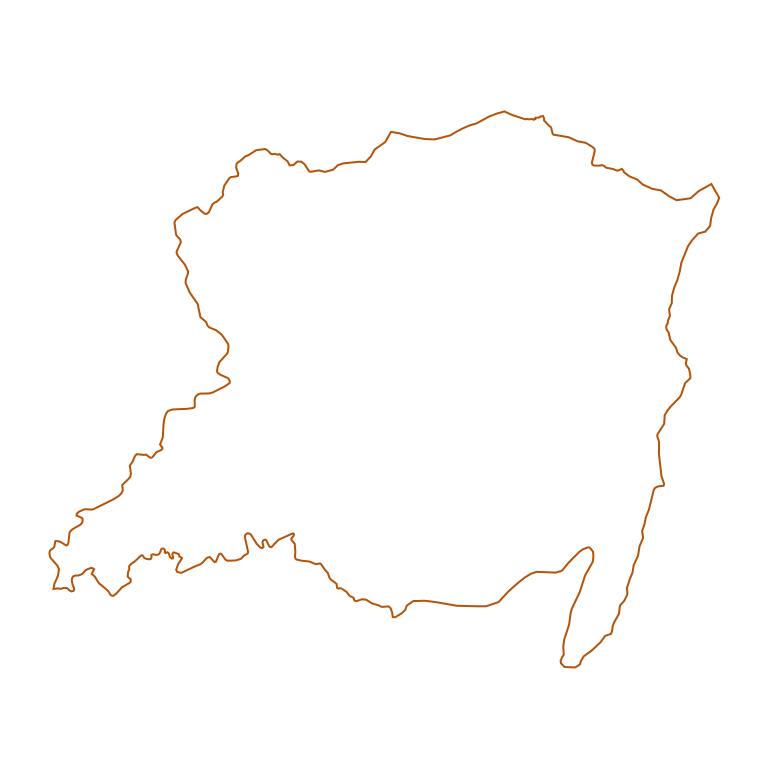 Berik, Maekel, Eritrea (Mercator projection), rotated 272°
{"feature_id": "51966322B44125494570979", "entity_name": "Berik", "entity_type": "district", "adm_level": 2, "iso_a3": "ERI", "parent_name": "Eritrea", "parent_adm1": "Maekel", "projection": "mercator", "projection_center": [38.812, 15.386], "detail": "fine", "context": "isolated", "style": "outline", "palette": "amber", "viewbox_px": 768, "rotation_deg": 272, "n_neighbors": 0, "source": "geoboundaries", "source_scale": "gbopen_adm2", "svg_char_len": 6112}
<svg xmlns="http://www.w3.org/2000/svg" viewBox="0 0 768 768"><g transform="rotate(272 384 384)"><path d="M636.2,382.2L625.8,376.8L618.0,366.5L611.0,362.9L605.2,357.9L605.2,351.3L603.1,335.7L601.1,330.3L596.4,325.7L593.9,317.6L595.2,311.5L593.6,303.7L593.7,302.0L601.2,296.6L603.3,293.6L603.3,289.7L599.6,285.7L599.2,282.0L603.0,280.0L606.9,274.7L610.1,271.7L609.5,270.2L610.2,266.6L609.7,264.7L610.2,262.8L613.5,259.4L614.7,256.9L613.2,248.1L608.1,240.7L606.4,237.1L602.9,233.7L600.0,229.8L598.9,229.0L594.9,228.7L589.4,231.0L586.9,230.7L586.3,229.1L585.5,223.9L584.4,222.3L576.7,217.5L570.0,216.1L567.4,216.7L565.4,215.6L560.5,210.6L559.3,208.2L557.5,206.2L549.8,203.1L548.5,201.8L547.8,200.8L547.9,198.8L551.1,194.5L554.2,191.6L553.8,189.9L546.9,176.7L540.7,170.1L538.2,168.9L527.1,170.8L525.3,171.3L521.2,175.3L518.6,176.0L509.0,172.1L506.8,172.4L504.6,173.8L496.4,180.8L489.8,184.2L487.8,184.3L481.1,182.2L478.0,182.2L468.9,186.5L457.4,195.0L444.4,198.2L439.7,204.1L436.3,205.5L434.5,207.3L431.8,214.5L427.5,220.2L418.6,226.8L416.2,227.3L410.3,226.8L408.6,225.9L400.2,218.8L395.4,217.2L390.9,216.6L389.6,217.2L387.8,219.6L384.3,228.0L382.0,229.6L380.5,229.8L379.4,229.5L375.7,224.4L369.6,213.2L368.5,209.7L368.0,201.0L367.4,199.0L365.7,196.9L364.0,195.8L361.2,195.3L355.2,195.7L354.1,195.3L353.3,193.9L352.3,187.9L351.2,173.7L349.6,169.2L346.8,167.2L341.6,165.7L336.3,165.1L323.0,164.8L315.6,162.3L312.6,164.8L311.4,164.8L310.3,163.7L307.9,158.9L302.8,155.2L302.1,153.8L302.4,152.5L305.1,148.7L304.8,146.5L305.2,139.3L304.2,138.4L303.0,137.5L298.0,135.7L293.5,132.8L285.8,134.2L282.5,133.7L279.8,131.6L273.9,125.9L268.6,126.7L265.3,125.2L262.7,122.6L259.1,117.2L248.8,98.1L248.3,96.4L248.4,89.1L245.9,83.9L244.4,82.2L243.0,81.3L241.8,81.3L239.7,86.7L238.5,87.5L235.5,87.5L233.1,85.9L228.1,77.9L225.5,75.3L223.8,74.8L214.6,74.2L212.1,73.3L211.5,72.1L214.6,66.8L215.6,64.0L215.5,61.0L209.7,60.2L208.3,59.2L206.7,56.7L205.4,55.9L203.3,55.5L199.5,56.4L198.2,57.2L191.1,63.9L187.5,65.6L181.2,64.9L172.5,61.5L167.6,60.9L168.4,65.1L167.9,67.7L169.1,71.5L168.8,74.6L166.4,77.3L165.8,79.0L166.4,80.9L168.1,81.6L170.6,80.8L171.7,80.0L176.9,78.8L179.2,79.1L180.9,80.1L181.7,81.8L182.0,85.4L183.0,87.8L183.7,89.2L187.3,92.1L188.7,94.4L189.9,97.6L189.8,98.9L188.8,100.8L184.0,98.5L181.4,101.7L174.9,106.1L168.9,113.9L166.9,116.1L164.2,117.6L163.1,119.0L162.8,120.8L165.3,123.9L171.6,129.1L176.3,136.6L177.7,137.8L180.1,137.6L181.5,135.5L182.8,134.5L187.6,134.9L189.9,135.9L192.8,135.6L195.3,137.4L198.1,141.3L204.3,147.3L204.2,148.8L201.8,150.5L200.8,153.0L200.6,155.9L201.0,157.0L202.3,157.6L205.2,157.6L205.7,158.8L205.3,162.5L205.6,164.2L206.7,165.6L211.5,167.4L211.9,169.4L210.8,170.5L209.5,171.0L208.3,170.6L207.4,171.6L208.3,173.5L207.4,174.7L203.6,176.2L202.1,178.0L202.5,179.2L203.6,179.3L206.3,178.4L207.6,178.8L208.4,179.8L206.9,184.7L204.4,185.6L203.5,187.8L202.7,188.2L196.5,184.4L191.0,182.8L188.9,184.0L188.3,187.1L188.5,188.8L194.4,200.0L197.5,206.8L199.0,208.8L203.8,212.8L204.6,214.3L205.0,215.9L200.1,220.8L200.5,222.2L207.3,224.7L208.4,225.4L208.8,226.4L208.2,227.5L202.8,231.8L201.9,233.9L202.5,242.0L204.3,247.1L207.6,250.0L209.8,253.6L211.2,254.1L226.4,250.3L228.2,250.6L229.2,251.4L230.0,252.7L229.8,254.8L229.1,256.1L219.9,262.3L216.4,265.9L215.7,268.0L216.9,269.3L221.3,268.1L223.3,268.6L224.0,269.6L224.3,270.6L223.7,271.9L218.0,274.8L217.3,275.6L217.1,277.3L224.6,283.9L231.5,298.0L231.0,299.2L229.4,299.1L226.0,296.7L224.8,297.1L221.3,300.3L213.1,301.3L208.2,301.0L206.7,301.5L205.6,302.5L204.5,308.0L204.0,315.5L201.5,322.3L202.4,326.0L202.0,327.2L197.0,330.9L193.1,334.5L188.8,336.1L186.8,337.5L182.7,343.5L178.7,344.2L177.9,345.7L178.5,347.2L178.0,348.9L174.9,353.9L171.0,357.0L169.4,361.0L166.6,362.1L166.0,363.4L166.2,364.6L168.1,369.5L167.8,373.8L164.3,379.7L162.5,386.7L161.6,388.2L161.2,390.1L161.9,396.4L160.2,398.4L159.0,398.9L155.5,400.2L151.3,400.9L151.3,403.4L155.5,409.7L159.0,413.1L163.3,414.5L168.1,420.9L168.8,432.2L167.9,443.1L164.9,464.6L165.1,483.2L165.4,493.7L170.1,506.2L180.7,515.3L189.6,524.5L195.7,531.7L199.6,537.7L201.6,543.1L201.5,562.1L203.3,567.6L204.1,568.8L212.1,574.9L222.9,584.9L225.8,588.6L227.9,593.8L227.6,595.2L226.7,596.3L223.6,598.8L219.0,599.3L213.7,598.9L199.8,591.7L182.9,586.9L166.3,579.7L162.2,578.6L150.0,577.4L135.2,573.1L127.6,572.3L119.8,573.1L116.7,571.3L113.5,570.2L111.0,570.6L107.5,574.4L107.4,584.9L110.5,589.5L114.3,590.6L118.9,593.2L125.3,601.3L133.6,609.5L139.9,613.7L142.2,619.6L144.7,620.5L149.8,621.0L153.6,622.2L162.7,626.9L169.8,627.4L171.3,627.9L175.5,631.5L181.4,634.3L184.0,634.5L188.6,633.9L197.4,636.4L204.1,638.9L211.9,639.9L221.1,643.9L230.6,645.0L239.2,648.3L246.2,647.1L252.4,649.1L259.9,650.3L267.5,653.1L287.6,657.3L289.1,658.1L290.3,659.6L291.3,661.8L292.0,666.9L293.9,667.4L301.7,664.5L323.7,661.2L335.6,660.9L341.8,658.8L343.4,659.2L354.0,665.4L362.6,665.6L366.8,667.9L370.8,670.7L381.0,679.9L383.3,681.3L395.4,684.9L400.5,690.0L403.2,689.9L409.8,688.3L413.4,685.4L415.2,684.9L419.4,685.7L421.4,680.8L423.1,678.5L425.6,676.2L430.5,674.5L437.8,668.7L445.6,666.6L447.9,664.8L449.5,664.2L452.0,664.1L454.9,665.5L457.2,665.5L462.0,667.4L468.5,666.3L475.0,668.8L482.1,668.7L490.7,670.7L497.9,673.5L506.5,675.6L515.9,677.0L532.7,683.2L538.7,687.1L545.3,692.6L547.5,699.8L553.4,704.4L560.9,705.1L569.7,707.2L575.6,710.3L581.7,712.5L595.3,704.2L587.8,691.8L580.3,683.9L577.9,670.0L581.4,662.7L587.1,654.0L588.4,645.3L592.4,635.6L597.1,630.0L600.1,622.0L604.2,616.2L605.5,615.9L607.3,614.1L605.7,611.0L605.4,609.2L606.9,605.3L607.7,599.6L608.2,597.8L609.5,596.6L610.4,594.0L609.8,592.1L609.6,586.4L610.4,584.7L612.5,584.0L624.1,586.5L626.2,586.2L627.8,584.7L632.1,577.2L633.4,568.7L637.1,559.8L639.1,544.6L640.1,543.8L646.3,542.0L648.1,539.6L653.1,534.7L654.9,534.8L657.4,533.5L656.8,531.1L655.6,529.5L655.4,526.1L654.0,526.0L654.1,525.0L653.3,524.4L653.9,523.6L653.6,518.7L654.0,517.3L653.4,516.0L657.4,502.5L660.6,494.8L658.1,487.0L654.9,479.6L647.7,467.5L645.4,460.6L642.5,454.4L639.2,448.4L634.8,441.6L630.2,426.2L630.2,416.5L632.7,398.7L635.0,391.2L636.2,382.2Z" fill="none" stroke="#b45309" stroke-width="2"/></g></svg>